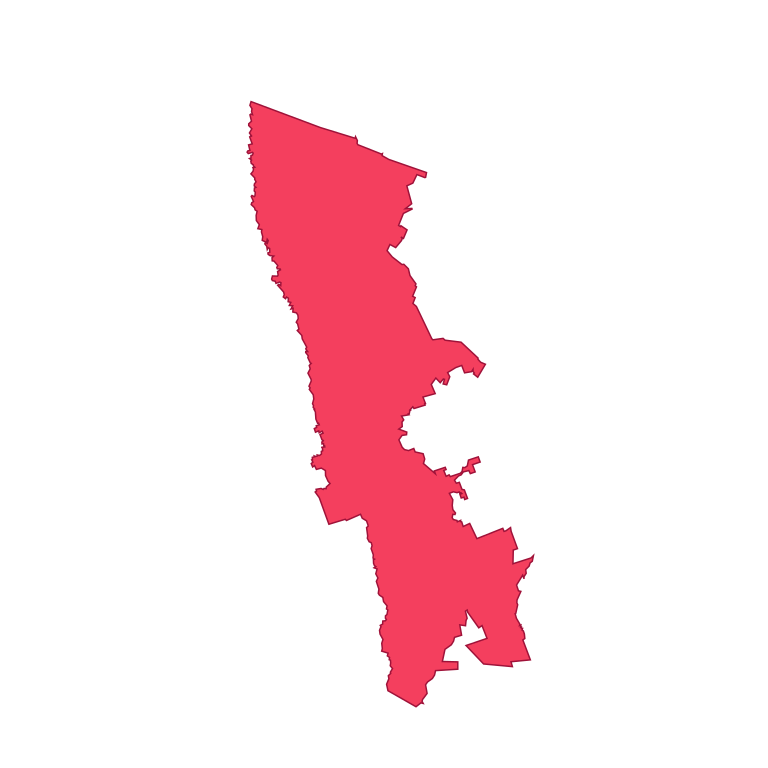 Tapachula, Chiapas, Mexico, rotated 154°
{"feature_id": "50627088B38747904305717", "entity_name": "Tapachula", "entity_type": "district", "adm_level": 2, "iso_a3": "MEX", "parent_name": "Mexico", "parent_adm1": "Chiapas", "projection": "natural_earth1", "projection_center": [-92.282, 14.927], "detail": "fine", "context": "isolated", "style": "filled", "palette": "rose", "viewbox_px": 768, "rotation_deg": 154, "n_neighbors": 0, "source": "geoboundaries", "source_scale": "gbopen_adm2", "svg_char_len": 6142}
<svg xmlns="http://www.w3.org/2000/svg" viewBox="0 0 768 768"><g transform="rotate(154 384 384)"><path d="M493.2,317.1L492.0,310.2L495.0,282.1L478.1,279.4L477.6,277.8L462.2,277.2L462.4,272.9L459.7,268.7L460.2,264.3L460.7,263.1L462.6,262.6L465.3,254.5L466.6,252.7L466.5,248.7L465.0,247.0L465.6,243.9L467.7,241.7L468.5,235.1L470.1,232.5L470.0,231.3L468.6,230.3L470.4,231.0L472.0,227.4L472.2,225.0L471.4,223.5L473.5,223.2L471.3,220.8L474.6,217.0L474.5,212.3L477.4,210.0L478.5,201.9L480.9,198.4L480.7,196.3L478.6,192.7L479.8,188.6L478.5,183.2L480.4,180.8L479.6,179.3L482.4,175.5L484.3,175.0L485.4,172.9L485.1,171.3L486.6,170.6L489.0,171.5L490.5,168.8L493.2,168.7L493.1,167.2L496.0,164.6L497.2,160.9L496.9,154.9L499.7,151.9L501.5,146.9L503.2,144.9L498.3,140.3L500.2,138.2L498.9,135.8L500.2,133.9L499.3,132.9L500.3,130.3L501.9,128.0L501.1,124.5L504.6,122.2L504.8,121.0L508.0,119.9L508.8,117.0L513.3,113.0L514.9,106.6L496.7,79.9L490.6,81.2L488.8,79.7L488.9,82.1L487.7,83.5L480.9,87.0L478.5,95.4L475.5,97.1L469.6,98.1L466.2,100.2L463.3,103.8L442.7,95.3L439.5,101.9L453.2,109.0L445.5,118.8L437.8,120.1L434.2,122.4L431.7,125.4L424.4,124.2L421.5,134.3L416.7,131.0L413.9,135.5L412.0,137.0L410.4,144.1L408.3,144.4L408.8,142.1L405.7,123.3L401.8,123.9L402.9,110.2L424.9,113.0L417.2,88.7L392.5,73.7L391.6,78.7L373.4,71.9L371.4,93.1L369.0,93.5L367.4,97.8L367.0,101.0L367.8,102.3L366.6,103.6L367.6,104.1L367.0,105.3L367.9,105.5L366.6,107.4L368.1,107.5L367.2,108.6L367.7,115.3L366.8,120.1L366.1,120.1L360.6,127.0L360.5,129.1L359.1,131.6L351.9,137.6L353.8,139.2L353.0,145.2L343.2,151.4L343.5,147.5L342.7,149.4L339.2,151.5L338.0,155.1L333.4,156.7L331.2,159.1L328.4,159.7L324.9,164.3L328.1,163.2L346.9,165.9L340.6,178.1L336.2,177.5L334.3,195.9L333.2,199.5L338.8,198.6L340.7,198.9L340.5,202.2L368.3,204.3L368.1,221.1L375.3,221.2L374.6,226.0L375.5,226.8L374.9,227.8L378.5,228.0L378.2,229.3L381.1,231.8L381.3,234.0L379.3,236.7L377.4,235.6L376.3,236.7L377.2,240.9L375.9,244.9L372.9,249.8L373.2,257.1L368.9,256.7L366.0,254.3L363.7,254.0L363.8,252.7L362.6,252.7L362.1,251.4L364.1,251.6L364.6,247.7L361.7,247.2L362.1,244.8L359.1,244.5L358.2,253.6L360.1,255.1L359.4,262.6L362.5,263.1L362.8,266.7L357.3,268.7L354.5,268.5L351.2,270.2L345.7,269.0L345.7,265.6L340.6,265.0L339.8,272.7L331.8,271.7L331.2,277.2L341.4,278.6L345.0,273.9L347.9,273.4L349.7,274.5L352.2,271.2L354.5,270.3L365.0,271.7L365.3,273.8L368.6,273.8L368.2,280.1L365.7,279.9L365.5,282.3L376.9,283.8L377.2,280.8L383.4,295.2L380.3,298.7L379.4,304.2L385.8,309.3L385.5,313.0L391.1,313.4L394.3,316.0L395.4,319.2L395.1,327.3L390.3,329.9L386.0,328.5L384.6,330.8L390.5,337.0L386.3,337.7L384.5,341.9L382.0,343.1L382.3,347.5L375.0,345.4L375.3,346.5L374.2,346.4L372.3,348.9L370.9,348.7L371.9,349.4L368.1,350.9L367.8,348.8L356.3,347.0L356.1,348.4L355.3,348.2L354.7,355.2L342.2,352.9L341.7,362.9L334.8,366.6L332.9,360.5L328.5,362.5L327.6,361.7L330.8,358.1L328.0,355.8L321.7,361.7L321.8,366.4L312.3,367.3L306.0,366.6L306.7,358.7L299.9,356.7L297.6,358.1L298.5,356.3L298.0,354.3L299.1,353.8L296.8,349.0L284.2,357.3L287.6,361.2L288.7,365.0L288.1,366.1L296.4,387.8L309.9,396.6L310.9,399.1L320.7,402.3L321.2,403.8L320.9,439.5L322.7,443.7L318.1,448.0L319.8,450.3L312.2,457.1L312.9,458.6L311.4,460.0L313.1,470.1L311.6,476.9L313.7,482.9L315.5,483.5L320.9,494.6L322.8,502.5L317.5,506.8L313.7,501.5L305.5,505.2L303.8,506.7L304.3,508.7L302.7,506.3L295.7,512.4L299.4,518.8L300.1,518.2L301.4,520.1L291.8,528.8L282.1,528.9L282.0,529.6L288.0,532.2L280.1,533.9L276.6,552.1L270.0,551.9L262.6,557.8L256.8,551.6L256.0,551.5L253.1,555.4L281.2,583.7L285.6,590.1L284.4,591.8L285.5,591.8L302.6,610.5L302.7,612.1L301.2,614.5L301.2,618.7L302.2,617.5L328.7,642.3L379.7,696.1L382.4,693.2L382.0,689.3L383.6,687.0L384.1,683.7L385.5,685.0L386.5,684.7L387.9,678.3L391.5,677.2L392.3,675.6L390.9,671.3L394.9,668.6L394.2,664.3L394.8,665.5L396.4,665.0L397.2,657.6L400.9,658.3L402.1,652.8L404.3,653.2L405.4,652.4L405.0,650.6L400.7,649.9L400.4,648.8L401.9,647.4L403.4,647.7L404.6,645.3L406.0,645.6L404.9,643.3L406.0,642.7L406.6,640.5L405.4,638.3L405.8,637.3L405.1,635.5L407.0,635.9L407.0,634.5L408.5,632.6L411.5,631.2L409.8,625.8L410.5,624.7L410.4,621.8L412.8,620.6L413.8,619.0L412.9,616.9L414.5,617.0L416.0,614.4L415.6,612.8L417.5,609.7L418.5,609.3L420.0,611.3L421.1,610.8L421.3,605.2L423.4,604.9L424.7,603.5L423.1,599.2L423.5,597.0L422.3,594.9L425.0,591.6L427.1,586.8L426.2,581.9L429.3,578.9L426.1,576.4L427.5,574.4L428.4,569.6L430.5,566.5L428.1,563.5L426.9,563.5L425.5,565.3L425.2,563.6L427.4,561.4L428.5,563.1L429.7,562.2L429.0,559.2L430.0,556.0L428.3,557.2L427.4,555.9L428.9,552.5L430.9,552.7L431.3,551.3L430.2,549.4L427.0,547.3L429.3,546.6L430.5,543.7L429.0,542.7L427.5,537.1L429.3,535.7L429.4,534.3L426.9,532.9L427.0,532.0L430.3,531.8L431.4,528.4L432.4,527.6L436.9,530.0L439.0,527.6L439.0,525.9L436.7,524.0L437.0,521.8L433.1,521.4L432.2,520.3L433.7,517.7L434.7,519.6L436.3,519.4L433.9,510.7L434.5,508.0L436.4,506.4L435.1,503.8L433.5,504.9L432.3,503.0L434.1,500.0L432.0,498.2L434.7,496.1L431.8,494.3L434.7,492.2L432.5,491.8L434.4,488.7L431.5,486.3L431.2,483.6L432.4,480.4L435.8,478.0L435.3,475.9L436.4,470.7L438.5,470.1L436.6,463.7L437.7,460.4L437.3,451.0L438.9,449.9L438.4,446.6L440.1,447.5L440.6,446.6L439.7,442.5L440.9,441.1L441.0,435.2L440.4,434.5L443.1,433.4L443.7,430.0L447.6,427.1L447.5,420.1L448.1,418.6L452.4,414.9L452.1,412.9L453.5,411.9L452.3,405.4L453.7,401.3L456.9,397.6L456.8,395.6L457.9,394.0L457.3,391.9L458.0,391.8L457.9,389.0L460.6,382.3L460.9,377.8L460.0,377.6L460.1,375.7L463.2,376.2L463.6,374.5L466.2,374.5L466.7,370.7L463.2,370.5L463.7,368.6L460.3,368.8L460.3,366.5L463.7,366.6L464.2,361.1L463.7,359.8L462.7,359.8L465.3,359.1L466.0,357.3L464.5,357.0L465.2,354.8L464.5,354.5L464.8,353.4L468.1,354.6L467.3,353.7L468.4,350.9L469.9,350.9L470.9,348.5L473.3,348.0L475.1,349.5L475.3,348.5L477.2,348.8L478.2,349.9L478.3,349.0L480.6,349.5L481.5,347.3L482.2,347.5L482.2,344.9L484.3,344.4L484.5,340.7L482.2,341.1L482.2,336.9L477.2,335.9L474.6,331.9L476.7,327.3L476.9,321.1L476.1,318.2L481.0,316.7L481.9,315.3L483.7,316.4L484.9,315.9L486.3,317.7L491.2,319.1L491.5,317.4L493.2,317.1Z" fill="#f43f5e" stroke="#9f1239" stroke-width="1.5"/></g></svg>